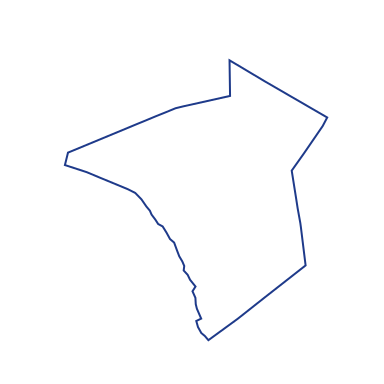 outline of Ibirajuba, Pernambuco, Brazil, rotated 107°
{"feature_id": "56859067B4416992329739", "entity_name": "Ibirajuba", "entity_type": "district", "adm_level": 2, "iso_a3": "BRA", "parent_name": "Brazil", "parent_adm1": "Pernambuco", "projection": "robinson", "projection_center": [-36.178, -8.63], "detail": "fine", "context": "isolated", "style": "outline", "palette": "blue", "viewbox_px": 384, "rotation_deg": 107, "n_neighbors": 0, "source": "geoboundaries", "source_scale": "gbopen_adm2", "svg_char_len": 810}
<svg xmlns="http://www.w3.org/2000/svg" viewBox="0 0 384 384"><g transform="rotate(107 192 192)"><path d="M90.7,86.3L81.2,84.5L64.9,154.7L55.1,194.6L89.0,183.7L112.6,225.3L116.7,232.2L124.0,241.1L129.7,248.2L139.2,259.7L142.7,264.0L190.6,322.1L203.4,321.4L203.8,298.5L205.2,284.5L208.1,254.1L209.5,246.0L213.8,238.2L219.2,231.4L222.2,226.8L225.4,224.1L229.2,218.9L232.5,215.0L233.5,210.0L238.4,204.4L243.4,199.3L245.6,194.3L252.2,189.3L257.2,185.4L261.2,181.0L265.0,177.8L269.5,177.0L272.5,171.9L276.5,168.2L281.4,161.0L286.8,162.5L292.2,157.8L298.2,155.6L302.2,153.2L310.4,146.2L314.1,150.2L319.4,146.8L324.2,141.8L325.9,137.7L328.9,133.0L300.0,111.3L270.8,91.1L229.0,61.9L194.0,77.5L190.1,79.3L176.7,86.2L168.0,90.4L142.4,102.9L122.5,96.3L90.7,86.3Z" fill="none" stroke="#1e3a8a" stroke-width="2"/></g></svg>